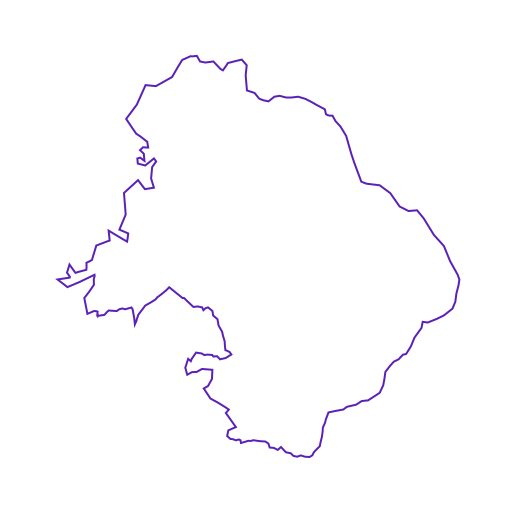 outline of Athienou, Larnaca, Cyprus, rotated 354°
{"feature_id": "46923920B40180058129311", "entity_name": "Athienou", "entity_type": "district", "adm_level": 2, "iso_a3": "CYP", "parent_name": "Cyprus", "parent_adm1": "Larnaca", "projection": "natural_earth1", "projection_center": [33.526, 35.059], "detail": "fine", "context": "isolated", "style": "outline", "palette": "violet", "viewbox_px": 512, "rotation_deg": 354, "n_neighbors": 0, "source": "geoboundaries", "source_scale": "gbopen_adm2", "svg_char_len": 3561}
<svg xmlns="http://www.w3.org/2000/svg" viewBox="0 0 512 512"><g transform="rotate(354 256 256)"><path d="M232.9,58.1L225.8,58.3L220.7,56.7L218.1,50.8L213.3,50.8L212.0,50.5L211.7,50.5L203.1,53.3L197.5,60.6L191.3,69.2L174.2,76.6L164.0,74.5L163.9,74.8L163.7,75.1L153.3,93.0L141.2,106.1L146.4,115.9L149.7,121.9L153.6,125.1L159.8,131.1L160.1,136.9L155.0,136.1L151.7,138.6L155.1,142.6L155.0,149.7L151.1,146.1L148.2,146.6L148.1,151.7L155.3,154.4L164.7,148.3L166.6,151.6L162.0,156.7L159.8,167.9L159.8,168.1L161.6,177.4L152.5,177.9L147.1,169.0L146.6,168.2L145.3,169.2L131.3,179.5L130.8,198.6L130.7,201.3L122.9,215.5L131.3,220.2L131.3,220.3L130.5,223.6L130.0,225.6L129.3,228.2L124.5,224.7L112.1,215.4L112.1,221.4L112.1,225.3L108.8,226.1L98.3,228.9L92.4,242.8L90.1,243.8L86.7,245.0L86.3,249.4L85.8,252.0L76.8,253.4L76.2,253.6L74.7,253.9L73.6,252.0L71.4,248.2L69.6,245.0L69.2,246.0L66.3,252.8L68.7,257.2L68.5,258.0L56.2,258.6L65.3,267.3L66.0,267.0L66.6,266.8L68.3,266.3L77.8,263.4L93.4,257.8L93.4,259.2L92.3,261.8L91.8,267.3L91.8,267.7L86.7,273.7L80.8,279.9L80.9,280.4L81.9,291.6L82.3,295.9L89.1,293.8L91.1,294.1L92.7,294.8L91.9,298.5L92.7,298.5L92.7,299.1L92.8,299.0L99.1,298.7L102.1,296.0L103.8,294.8L111.8,296.2L114.2,294.8L114.3,294.8L114.9,294.6L115.3,294.6L115.9,294.5L116.6,294.3L117.5,294.2L120.3,295.3L126.8,294.2L127.7,296.1L128.4,304.8L128.4,311.3L130.5,307.6L130.6,307.0L131.6,304.8L132.8,302.1L137.2,297.5L140.7,293.7L146.7,291.1L151.6,288.7L153.3,286.9L158.0,284.1L163.3,280.6L166.4,278.0L178.5,290.1L180.0,290.2L182.9,293.7L188.4,300.1L192.8,300.1L197.1,301.5L198.0,304.4L200.3,302.7L202.9,302.1L206.9,306.1L207.2,310.8L211.1,314.8L211.5,321.2L214.4,327.8L214.8,331.7L215.9,337.4L215.7,342.8L215.7,346.3L219.7,348.7L221.2,351.4L215.2,354.3L209.4,355.0L206.8,351.6L203.1,351.5L202.2,349.9L197.5,349.0L194.2,349.1L191.9,347.3L186.3,345.8L181.3,351.6L180.2,353.8L177.8,351.2L174.0,359.7L175.2,366.9L180.2,364.8L184.9,365.1L190.5,362.7L200.7,364.6L199.9,370.1L199.4,373.6L194.7,380.3L190.2,382.3L195.8,393.0L202.6,397.7L210.1,403.5L212.9,405.9L209.6,409.0L214.3,417.3L218.1,424.0L210.3,426.5L208.5,432.0L211.5,435.3L213.3,435.6L215.0,436.3L216.7,437.2L219.8,436.7L221.3,437.6L221.5,440.4L226.0,439.6L228.9,439.0L231.7,439.4L234.0,438.9L239.7,440.4L246.0,441.5L248.7,443.8L249.6,447.9L253.6,448.7L257.4,451.1L260.9,448.6L265.2,454.3L269.9,455.8L272.3,458.7L275.9,459.9L279.7,459.0L283.6,460.7L288.3,461.5L291.2,460.1L292.9,457.4L295.2,455.3L299.5,451.9L301.0,447.2L302.5,443.2L303.9,437.6L304.6,433.5L307.3,428.9L308.3,426.0L311.7,419.2L317.7,418.5L326.8,417.8L330.6,415.5L340.1,414.3L346.0,411.3L352.4,411.3L364.7,405.0L369.0,397.9L370.8,391.9L372.6,384.7L378.2,378.9L382.0,375.5L387.1,373.6L391.8,369.5L395.0,369.2L400.5,362.2L405.1,353.7L413.1,344.8L414.9,338.9L419.8,340.1L429.1,337.5L436.7,334.7L445.9,328.9L449.5,322.2L450.0,320.0L451.4,314.2L454.3,306.4L455.8,300.8L454.6,295.7L448.4,281.1L445.3,270.4L443.9,265.7L435.1,253.6L426.7,236.1L421.0,227.4L412.4,227.2L404.0,221.8L396.1,207.5L386.4,198.6L373.3,195.6L368.5,193.1L363.5,173.6L361.5,164.6L358.2,145.9L353.5,136.0L349.2,130.2L346.8,124.5L343.6,124.0L342.2,123.5L340.4,122.3L339.8,117.3L335.8,114.6L331.2,111.5L328.4,109.4L326.2,107.9L322.8,105.7L321.8,105.0L314.6,102.0L307.8,102.1L302.4,101.5L301.1,101.0L296.3,99.2L290.9,99.5L284.6,103.5L279.6,101.9L276.1,100.1L275.6,99.8L271.9,94.1L271.6,93.7L264.3,90.4L264.6,75.3L265.8,69.6L266.7,65.3L262.4,59.2L257.5,59.8L248.6,61.1L248.1,61.2L246.7,63.1L242.5,67.9L240.2,66.3L234.0,58.1L232.9,58.1Z" fill="none" stroke="#5b21b6" stroke-width="2"/></g></svg>